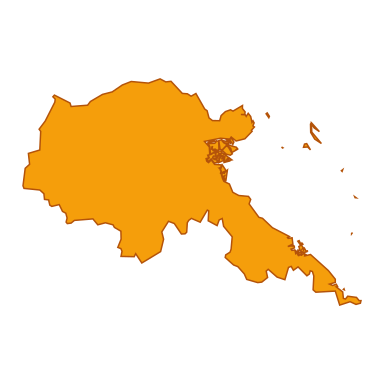 Berau, Kalimantan Timur, Indonesia (Natural Earth projection)
{"feature_id": "22746128B34069275840087", "entity_name": "Berau", "entity_type": "district", "adm_level": 2, "iso_a3": "IDN", "parent_name": "Indonesia", "parent_adm1": "Kalimantan Timur", "projection": "natural_earth1", "projection_center": [118.307, 1.815], "detail": "fine", "context": "isolated", "style": "filled", "palette": "amber", "viewbox_px": 384, "rotation_deg": 0, "n_neighbors": 0, "source": "geoboundaries", "source_scale": "gbopen_adm2", "svg_char_len": 6099}
<svg xmlns="http://www.w3.org/2000/svg" viewBox="0 0 384 384"><path d="M242.5,105.5L233.0,111.1L230.5,109.8L225.4,111.6L221.1,115.6L219.7,120.7L212.5,120.6L209.0,117.9L207.1,110.7L204.7,109.0L195.9,93.5L191.1,96.2L187.4,93.8L182.3,93.4L171.0,81.3L165.8,81.9L160.1,78.9L148.5,83.1L131.2,81.5L122.3,85.0L112.2,91.9L102.5,94.4L90.4,101.5L87.6,105.2L71.1,106.5L70.0,103.0L54.4,95.1L52.9,96.8L55.2,99.1L54.8,102.2L45.2,121.1L39.1,129.2L40.7,131.4L39.8,150.0L28.4,153.4L29.6,164.3L25.2,168.3L23.0,185.8L24.0,188.4L39.8,190.0L43.9,193.7L44.5,199.4L48.6,199.9L49.8,205.1L51.8,206.4L59.2,204.6L62.5,211.4L65.8,213.2L67.1,218.0L66.1,222.1L67.3,223.6L71.1,223.1L74.4,220.4L92.9,218.9L97.8,224.8L105.4,222.8L113.0,224.8L114.4,227.4L120.9,231.2L121.1,239.2L117.8,247.4L120.9,248.6L122.0,251.3L121.0,256.4L134.2,256.7L135.7,253.7L141.8,263.0L160.6,251.6L163.6,239.2L161.8,231.9L168.5,221.3L174.3,223.5L181.4,234.0L185.1,233.8L186.7,232.2L187.3,222.7L188.8,220.3L191.4,218.4L200.2,222.2L207.3,210.1L208.7,210.8L208.2,220.8L217.1,225.6L219.2,219.9L222.2,218.5L223.6,226.3L232.2,236.8L231.1,249.2L230.0,252.2L225.7,254.9L225.2,257.5L233.6,265.0L237.8,266.6L244.3,273.9L246.7,279.4L257.7,282.6L261.8,282.1L267.6,277.5L266.2,271.1L268.2,269.3L277.1,277.1L284.9,279.7L288.5,267.4L291.2,266.4L293.4,270.3L298.1,266.9L306.9,275.8L309.4,274.0L310.2,270.8L312.4,271.5L313.8,276.0L313.1,289.8L315.8,292.2L335.3,291.1L339.7,305.1L350.1,301.7L356.0,304.4L360.4,303.2L361.0,300.6L359.1,300.6L356.5,297.4L347.7,296.2L345.5,299.0L343.4,298.4L342.7,291.9L336.2,286.9L337.6,286.6L336.3,284.2L332.6,285.5L329.5,284.1L335.3,282.4L335.3,279.2L328.4,270.6L310.5,254.5L304.8,255.9L304.2,253.1L301.4,255.3L300.0,254.8L301.7,253.1L300.5,252.0L298.7,253.1L299.0,255.5L298.4,255.6L297.4,254.0L299.1,250.5L298.0,250.0L297.5,251.8L295.7,253.6L294.9,250.0L291.9,250.4L291.0,249.1L294.4,247.9L294.3,246.2L292.8,246.1L294.1,245.4L287.8,246.5L292.9,244.0L292.1,237.8L288.2,238.4L287.5,237.6L289.4,236.5L272.4,227.7L262.5,218.3L258.9,217.3L249.1,203.9L250.7,199.4L248.5,196.4L238.8,195.5L232.8,192.3L229.4,184.0L223.9,181.4L222.6,178.8L221.5,175.0L221.7,173.4L220.7,173.6L220.5,173.4L221.0,171.0L220.4,170.3L220.2,169.0L219.5,168.6L219.4,168.4L219.5,168.0L219.7,167.8L221.0,168.0L220.9,166.8L221.5,164.9L214.6,164.4L211.3,160.0L208.5,162.6L206.7,161.2L206.1,158.6L208.8,157.9L207.7,155.2L209.7,154.7L209.3,147.0L204.5,141.4L220.5,138.2L229.8,139.1L231.2,137.0L236.1,141.0L244.9,138.8L252.1,131.3L251.4,130.3L254.4,127.0L252.9,125.9L254.1,122.9L253.0,120.8L252.0,122.4L250.7,116.5L248.2,113.3L246.2,116.4L245.3,114.8L240.9,114.5L244.8,114.5L245.1,111.9L242.4,108.5L242.5,105.5ZM227.6,144.9L223.8,142.8L222.0,140.7L221.8,139.6L218.8,140.7L220.1,149.4L222.2,149.9L226.3,145.6L228.3,146.4L230.7,148.4L231.9,152.5L237.5,149.3L237.1,148.9L235.9,149.8L235.5,149.9L237.5,148.6L236.3,147.2L227.6,144.9ZM218.9,149.4L218.7,141.4L216.4,140.8L215.7,142.3L214.7,143.3L208.2,143.6L209.9,146.8L210.4,154.1L215.1,151.8L214.5,149.8L214.0,150.6L213.2,150.7L211.8,148.5L211.8,149.1L211.3,149.7L212.6,146.0L212.1,148.4L213.6,150.4L215.4,149.2L217.2,150.5L218.9,149.4ZM231.9,159.9L222.6,153.0L219.9,153.9L221.4,155.3L221.5,155.8L221.5,156.2L221.2,157.0L220.5,157.9L219.2,158.5L219.4,159.5L218.8,162.6L223.7,160.4L223.8,159.1L221.3,158.9L223.4,158.3L222.8,157.7L222.5,156.0L223.1,155.5L222.8,157.5L223.5,158.3L222.8,158.7L223.9,158.5L223.2,157.0L223.5,156.3L223.4,157.1L224.7,156.4L224.9,156.7L224.1,160.7L226.1,161.3L226.2,159.9L226.6,159.8L227.1,160.4L226.9,159.7L227.3,158.7L228.0,158.3L228.6,158.4L228.9,160.6L231.9,159.9ZM216.1,156.0L214.6,152.4L211.0,154.5L208.1,155.2L209.2,157.6L208.7,158.5L207.2,159.1L208.3,161.7L211.2,158.9L214.2,162.9L218.3,162.3L218.6,160.6L217.1,161.4L216.9,160.9L216.9,159.7L216.6,159.2L215.4,159.7L214.9,158.6L214.6,159.3L214.2,159.4L212.8,158.2L212.7,157.4L213.4,156.1L216.1,156.0ZM230.3,155.2L232.3,153.8L228.2,146.8L226.2,146.0L222.1,150.3L226.3,154.2L230.3,155.2ZM221.9,152.8L221.7,151.3L218.1,150.9L217.2,152.6L215.7,152.8L216.1,156.1L213.5,156.1L212.8,158.1L214.3,159.3L214.8,158.4L216.7,159.1L217.0,159.7L217.1,161.2L218.8,160.4L219.2,158.3L221.3,155.3L220.3,155.1L220.1,155.8L219.9,156.0L219.6,156.0L218.9,155.8L218.5,155.2L217.8,155.3L218.0,156.8L217.7,157.7L217.4,158.0L217.0,158.2L216.6,158.0L216.4,157.6L217.6,157.8L217.6,155.5L218.0,155.1L218.6,155.1L219.3,155.9L220.1,155.7L218.8,154.3L218.8,153.1L219.7,154.4L219.8,153.9L219.9,153.7L221.9,152.8ZM225.8,181.2L227.4,170.1L223.9,173.3L220.7,172.4L221.9,173.3L222.3,176.8L223.1,176.9L224.3,175.8L224.6,175.8L222.9,178.5L223.7,179.3L223.7,178.4L224.4,177.4L224.0,179.8L225.0,180.7L225.0,179.7L225.5,179.1L225.8,181.2ZM299.1,240.6L297.8,241.2L300.7,245.4L298.8,246.5L299.9,250.0L303.2,252.6L306.5,251.8L304.5,248.4L303.6,249.9L303.5,248.2L302.4,248.8L303.1,247.6L301.4,245.0L302.9,244.2L301.9,243.0L300.9,244.3L299.1,240.6ZM319.4,131.6L311.4,122.7L310.5,124.1L310.7,132.5L314.7,139.1L321.4,143.5L311.8,132.1L311.4,123.7L314.1,127.9L319.4,131.6ZM226.2,170.8L222.2,164.8L221.1,168.1L219.4,168.2L220.2,168.8L221.0,170.2L221.5,172.1L223.8,173.1L223.4,172.5L223.4,171.9L226.2,170.8ZM228.4,141.8L222.1,140.5L224.1,142.7L228.7,143.8L228.4,141.8ZM232.8,144.4L233.9,142.0L231.0,137.6L229.8,140.0L232.8,144.4ZM306.7,143.6L304.5,144.1L303.5,147.3L307.7,147.0L310.5,149.9L306.7,143.6ZM207.4,142.7L215.8,141.1L212.4,140.6L207.4,142.7ZM228.6,158.8L226.0,161.5L223.9,160.9L224.0,162.5L229.3,161.1L228.3,160.2L228.6,158.8ZM267.2,112.9L266.1,113.8L268.8,117.7L269.4,116.3L267.2,112.9ZM216.6,152.4L217.3,151.0L214.6,149.7L215.2,151.6L216.6,152.4ZM229.6,140.3L227.0,140.1L230.2,143.0L229.6,140.3ZM297.2,251.7L295.5,250.6L296.2,252.6L297.2,251.7ZM341.4,170.7L342.1,171.4L342.7,169.7L341.4,170.7ZM282.9,147.8L281.6,147.0L282.5,148.0L282.9,147.8ZM355.1,197.7L356.2,197.8L354.7,196.7L355.1,197.7ZM307.0,250.9L306.8,251.5L308.0,250.8L307.0,250.9ZM344.3,289.8L344.0,288.8L343.4,289.4L344.3,289.8ZM306.1,254.7L305.4,254.3L305.0,255.2L306.1,254.7ZM228.3,144.8L227.7,144.2L227.3,144.6L228.3,144.8ZM351.6,233.8L352.5,232.6L351.6,233.5L351.6,233.8Z" fill="#f59e0b" stroke="#b45309" stroke-width="1.5"/></svg>